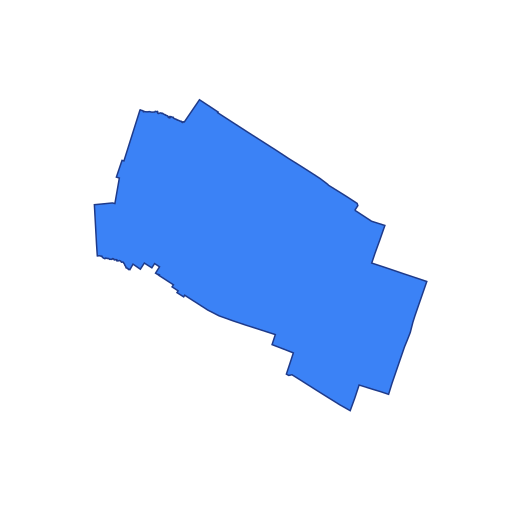 San Andrés de Giles, Buenos Aires, Argentina (orthographic projection), rotated 245°
{"feature_id": "61730980B42439794948491", "entity_name": "San Andrés de Giles", "entity_type": "district", "adm_level": 2, "iso_a3": "ARG", "parent_name": "Argentina", "parent_adm1": "Buenos Aires", "projection": "orthographic", "projection_center": [-59.325, -34.427], "detail": "fine", "context": "isolated", "style": "filled", "palette": "blue", "viewbox_px": 512, "rotation_deg": 245, "n_neighbors": 0, "source": "geoboundaries", "source_scale": "gbopen_adm2", "svg_char_len": 5538}
<svg xmlns="http://www.w3.org/2000/svg" viewBox="0 0 512 512"><g transform="rotate(245 256 256)"><path d="M133.9,235.2L133.2,238.4L128.9,241.2L108.6,254.2L97.8,261.2L85.8,269.0L76.0,276.0L85.7,285.7L95.5,294.9L86.0,305.3L80.3,311.7L74.6,317.7L83.4,325.7L111.0,352.3L115.5,357.2L121.5,363.5L129.8,370.3L135.0,375.1L160.7,400.0L172.8,387.3L177.6,382.2L182.9,376.7L191.4,367.8L200.7,357.9L208.2,365.0L218.2,375.0L229.2,385.7L237.4,376.8L238.7,375.4L255.2,365.2L256.0,365.4L258.6,369.6L260.9,369.9L271.7,363.2L289.5,351.6L290.6,351.3L299.0,346.9L307.5,341.6L321.3,332.8L330.5,326.8L345.6,317.5L348.2,315.8L372.1,300.6L402.1,281.8L402.5,282.5L421.5,270.8L407.9,247.9L407.8,247.6L408.0,247.4L408.2,247.1L408.3,247.0L408.4,246.7L408.2,246.5L408.1,246.4L408.0,246.2L408.1,245.9L408.1,245.7L408.5,245.5L408.6,245.4L408.8,245.4L409.0,245.5L409.2,245.2L409.3,245.1L409.5,245.0L409.9,245.1L410.0,245.0L410.0,244.8L410.0,244.5L410.1,244.4L410.3,244.2L410.5,244.1L410.8,243.8L410.9,243.7L411.0,243.7L411.4,243.4L411.6,243.3L411.7,243.0L411.9,242.9L412.0,242.8L412.0,242.6L412.1,242.4L412.3,242.3L412.5,242.3L412.6,242.0L412.7,241.9L412.9,241.9L413.1,241.9L413.3,241.7L413.6,241.4L413.7,241.2L414.0,241.2L414.2,240.9L414.3,240.7L414.6,240.5L414.7,240.4L414.8,240.2L415.0,240.1L415.3,240.0L415.5,239.8L415.6,239.7L415.9,239.5L416.0,239.5L416.3,239.4L416.5,239.4L416.7,239.6L416.9,239.5L417.0,239.2L417.1,238.9L417.3,238.7L417.6,238.3L418.0,238.1L418.2,237.9L418.3,237.8L418.3,237.6L418.4,237.3L418.7,237.1L418.8,237.0L418.9,236.7L418.8,236.4L418.6,236.5L418.4,236.4L418.2,236.5L417.7,236.6L417.6,236.4L417.7,236.2L417.8,236.0L417.8,235.9L417.9,235.7L418.2,235.5L418.4,235.4L418.7,235.2L418.8,235.1L419.0,235.2L419.3,235.3L419.5,235.3L419.9,235.2L420.2,235.1L420.3,235.1L420.5,235.0L420.6,234.8L420.8,234.6L421.0,234.5L421.1,234.4L421.3,234.3L421.4,234.1L421.4,233.9L421.5,233.8L421.6,233.7L421.8,233.5L422.0,233.5L422.2,233.4L422.5,233.4L422.7,233.1L422.9,232.8L423.2,232.6L423.4,232.5L423.7,232.2L423.8,232.2L424.0,232.1L424.1,231.9L424.4,231.8L424.6,231.7L424.8,231.7L425.0,231.4L425.0,231.1L425.0,230.9L425.1,230.7L425.3,230.6L425.7,230.5L425.8,230.4L425.9,230.2L426.0,230.0L426.1,229.8L426.2,229.5L426.2,229.3L426.2,229.1L426.2,228.9L426.2,228.6L426.3,228.4L426.3,228.1L426.4,227.9L426.4,227.7L426.5,227.5L426.7,227.4L426.9,227.4L427.0,227.4L427.2,227.5L427.4,227.6L427.6,227.5L427.8,227.5L428.1,227.7L428.2,227.8L428.5,227.9L428.8,227.7L428.8,227.2L428.9,226.7L429.0,226.6L429.2,226.4L429.4,226.1L429.6,226.0L429.7,225.8L429.6,225.6L429.4,225.3L429.4,225.2L429.4,224.9L429.4,224.6L429.6,224.2L429.8,223.9L429.9,223.7L430.0,223.2L430.2,222.8L430.4,222.6L430.6,222.0L430.8,221.7L431.0,221.6L431.1,221.4L431.4,221.1L431.5,221.0L431.7,220.8L431.8,220.7L431.9,220.4L431.9,220.2L432.0,220.0L432.1,219.9L432.2,219.6L432.2,219.3L432.3,219.1L432.4,218.9L432.4,218.7L432.5,218.6L432.6,218.4L432.8,218.1L432.9,217.7L433.0,217.5L433.1,217.4L433.2,217.2L433.3,217.1L433.4,216.9L433.5,216.7L433.7,216.3L433.9,216.1L434.0,216.1L434.2,215.9L434.3,215.8L434.3,215.7L434.3,215.4L434.2,215.2L434.3,214.9L434.5,214.9L434.9,215.0L435.0,215.1L435.3,215.0L435.5,214.8L435.6,214.7L435.8,214.5L435.9,214.4L436.0,214.3L436.1,214.1L436.3,213.9L436.5,213.7L436.7,213.3L436.8,213.2L437.0,213.2L437.3,213.0L437.4,212.8L437.4,212.6L418.4,195.2L398.0,176.5L399.3,175.0L386.5,162.8L384.4,165.1L363.2,150.3L364.8,148.2L368.2,138.5L370.8,131.2L333.7,116.3L322.6,112.0L322.9,112.3L323.0,112.9L322.7,113.4L322.6,113.6L322.4,114.1L322.2,114.6L321.8,114.9L321.4,115.4L321.2,115.8L321.1,116.1L320.9,116.3L320.3,116.1L318.8,116.7L318.6,116.9L318.3,117.1L318.2,117.3L317.8,117.5L317.7,117.6L317.4,117.9L317.4,118.1L317.4,118.3L317.6,118.5L317.7,118.8L317.7,119.0L317.3,119.3L317.2,119.5L317.0,119.8L316.9,120.0L316.7,120.0L316.5,120.3L316.4,120.5L316.3,120.8L316.2,121.1L316.1,121.3L316.0,121.5L315.8,121.5L315.6,121.6L315.4,121.6L315.2,121.7L314.9,121.8L314.8,122.0L314.7,122.3L314.6,122.5L314.5,123.0L314.4,123.2L314.2,123.3L314.1,123.5L313.9,123.8L313.9,124.0L313.9,124.4L314.2,124.6L314.3,124.8L314.2,125.0L314.0,125.4L313.7,125.6L313.4,125.8L313.2,125.9L312.9,125.7L312.7,125.7L312.5,125.9L312.4,126.0L312.2,126.1L312.1,126.3L312.0,126.7L312.1,126.9L312.1,127.1L311.9,127.5L311.8,127.8L311.6,128.0L311.4,128.3L311.1,128.3L310.9,128.1L310.8,127.9L310.7,127.8L310.4,127.8L310.3,128.0L310.2,128.2L310.3,128.4L310.2,128.5L310.1,128.8L309.9,128.9L309.8,129.1L309.7,129.3L309.7,129.5L309.7,129.8L309.6,130.0L309.6,130.3L309.4,130.4L309.3,130.6L309.2,130.7L309.0,130.9L308.8,131.0L308.5,131.2L308.4,131.3L308.1,131.3L307.8,131.3L307.7,131.3L307.4,131.4L307.3,131.5L307.1,131.6L307.0,131.8L307.0,132.3L306.9,132.5L306.7,132.8L306.4,133.1L306.1,133.2L305.9,133.1L305.7,133.1L305.4,133.1L305.2,133.2L304.8,133.3L304.4,133.3L304.1,133.4L303.8,133.3L303.4,133.3L303.1,133.2L302.5,133.3L302.3,133.3L302.1,133.4L301.9,133.4L301.5,133.5L301.1,133.4L300.9,133.3L300.7,133.3L300.3,133.3L300.0,133.3L299.8,133.5L299.7,133.8L299.5,134.1L299.3,134.2L299.0,134.4L298.5,134.6L298.3,134.5L298.1,134.6L297.8,134.7L297.6,134.8L297.7,135.1L297.7,135.3L297.2,135.7L296.9,135.9L300.6,141.1L292.9,145.6L296.8,151.8L289.3,156.6L292.0,160.9L287.0,164.0L282.9,157.7L280.5,159.3L280.7,159.6L279.8,160.5L279.3,159.9L264.8,169.0L263.5,166.9L257.3,170.7L256.2,168.9L249.5,173.2L250.6,174.8L245.5,178.0L242.8,179.7L227.3,189.5L217.4,197.2L207.0,207.7L197.8,217.4L188.7,227.3L187.0,229.1L176.6,240.3L168.9,233.1L152.4,248.9L143.3,240.4L136.1,233.6L133.9,235.2Z" fill="#3b82f6" stroke="#1e3a8a" stroke-width="1.5"/></g></svg>